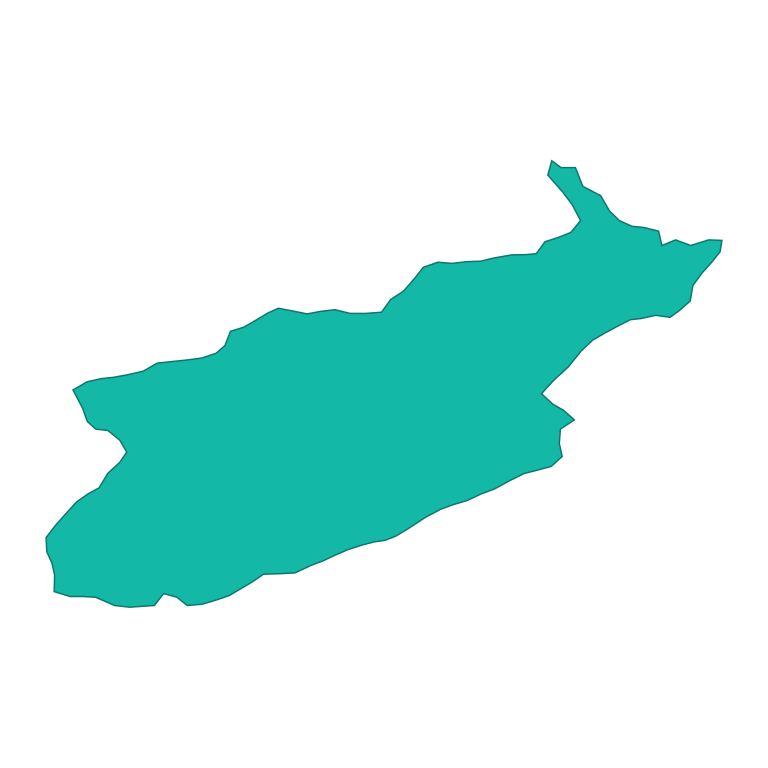 Conceição das Pedras, Minas Gerais, Brazil
{"feature_id": "56859067B3720188207773", "entity_name": "Conceição das Pedras", "entity_type": "district", "adm_level": 2, "iso_a3": "BRA", "parent_name": "Brazil", "parent_adm1": "Minas Gerais", "projection": "mercator", "projection_center": [-45.418, -22.139], "detail": "fine", "context": "isolated", "style": "filled", "palette": "teal", "viewbox_px": 768, "rotation_deg": 0, "n_neighbors": 0, "source": "geoboundaries", "source_scale": "gbopen_adm2", "svg_char_len": 1758}
<svg xmlns="http://www.w3.org/2000/svg" viewBox="0 0 768 768"><path d="M675.6,239.9L661.9,245.5L658.6,231.2L644.0,227.5L631.8,226.3L619.2,220.5L609.4,210.8L600.8,195.8L582.8,186.3L575.4,167.6L561.0,167.6L551.8,160.8L547.8,175.1L562.6,191.9L572.1,204.5L580.6,220.5L570.9,232.4L558.1,237.5L544.9,241.8L536.3,253.7L524.7,254.7L511.8,254.9L494.8,257.8L480.4,261.2L466.5,261.7L452.1,263.4L438.1,262.2L423.3,267.3L414.6,278.4L403.5,291.1L390.7,299.5L381.5,312.2L366.0,313.4L350.1,313.4L335.0,309.7L320.4,311.4L307.2,313.9L292.3,310.9L278.4,308.3L268.1,312.9L255.9,320.2L243.8,327.2L230.5,331.3L224.9,345.6L216.2,353.2L201.8,358.0L187.9,359.9L175.3,361.2L157.3,363.1L142.9,371.3L126.3,375.0L113.0,377.4L101.4,378.6L87.0,381.8L73.0,390.0L82.5,408.0L87.4,421.6L95.7,429.1L107.9,430.5L119.8,440.2L126.7,452.1L119.8,462.3L107.9,473.2L99.1,487.8L88.1,493.8L76.6,501.9L65.6,514.0L55.7,525.1L46.1,537.5L46.8,551.8L51.9,563.0L54.6,574.9L54.2,591.6L70.1,596.5L82.5,596.5L95.5,597.2L114.6,605.5L129.7,607.2L141.1,606.4L154.4,605.5L163.6,593.6L176.8,597.2L187.2,605.5L202.2,604.2L216.6,599.9L229.4,595.5L239.1,589.7L251.4,582.4L263.6,574.2L280.2,573.7L295.0,572.9L310.3,565.7L323.6,560.6L334.3,555.5L347.2,549.9L362.2,545.0L374.1,541.9L384.7,540.4L395.5,536.3L408.7,528.3L425.3,517.4L440.4,509.4L452.1,505.0L466.9,500.6L481.5,493.8L494.8,488.8L509.6,480.7L524.2,473.5L537.5,470.1L551.2,466.4L562.2,456.5L559.3,443.6L560.4,429.1L574.3,419.9L563.7,410.4L553.0,404.3L541.5,393.7L553.0,381.0L568.5,366.7L581.0,351.2L592.7,340.1L603.7,333.7L617.0,326.5L630.3,319.7L641.3,318.5L655.6,315.3L670.0,317.3L679.2,310.7L690.2,301.0L692.9,285.5L702.1,272.9L711.6,262.4L720.1,251.8L721.9,240.4L708.7,239.9L690.7,245.5L675.6,239.9Z" fill="#14b8a6" stroke="#0f766e" stroke-width="1.5"/></svg>